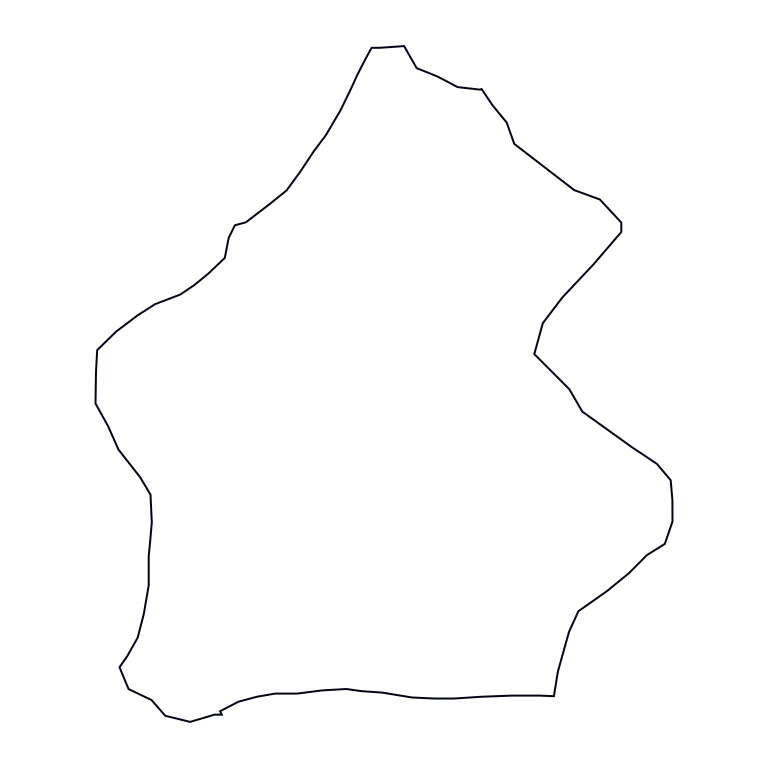 outline of Dashkasan District, Daşkəsən, Azerbaijan
{"feature_id": "54616110B88384638285498", "entity_name": "Dashkasan District", "entity_type": "district", "adm_level": 2, "iso_a3": "AZE", "parent_name": "Azerbaijan", "parent_adm1": "Daşkəsən", "projection": "orthographic", "projection_center": [46.034, 40.48], "detail": "fine", "context": "isolated", "style": "outline", "palette": "ink", "viewbox_px": 768, "rotation_deg": 0, "n_neighbors": 0, "source": "geoboundaries", "source_scale": "gbopen_adm2", "svg_char_len": 1205}
<svg xmlns="http://www.w3.org/2000/svg" viewBox="0 0 768 768"><path d="M553.9,696.2L557.9,671.5L569.0,631.9L578.4,611.2L606.7,591.3L628.9,573.2L646.9,555.1L664.8,543.9L672.5,521.5L672.4,500.0L670.7,480.2L656.9,463.9L631.2,446.7L582.3,411.6L569.4,389.3L534.3,354.1L542.8,323.2L562.4,297.4L593.2,264.7L621.3,232.0L621.3,222.6L599.9,199.5L574.2,190.1L514.3,143.9L506.6,122.4L492.6,105.4L481.6,89.1L479.7,89.6L457.6,87.1L437.7,76.6L416.7,68.2L404.1,46.1L379.6,47.8L371.6,47.8L366.0,58.0L357.3,74.9L350.6,89.6L340.5,110.3L325.8,135.3L313.9,151.1L300.2,171.8L286.6,190.4L270.5,203.4L245.9,222.3L234.9,225.3L228.7,237.8L224.8,257.9L208.2,273.7L194.0,285.3L180.1,294.6L155.0,304.2L138.1,315.0L116.1,331.6L97.2,350.1L96.0,371.8L95.5,403.5L108.2,426.4L118.5,449.6L140.1,477.2L150.5,494.6L151.8,522.5L150.0,543.1L148.7,556.4L148.7,585.5L143.8,614.0L137.7,637.6L126.8,656.9L119.5,667.2L125.9,682.7L128.6,689.1L151.5,700.0L165.3,715.8L190.1,721.9L214.3,714.7L221.8,714.7L220.1,711.2L238.4,701.7L257.1,696.7L275.0,693.6L297.1,693.6L322.1,690.4L346.4,689.0L361.1,691.1L382.2,692.6L412.1,697.5L433.9,698.5L454.3,698.5L482.4,696.7L512.3,695.6L539.3,695.6L553.9,696.2Z" fill="none" stroke="#020617" stroke-width="2"/></svg>